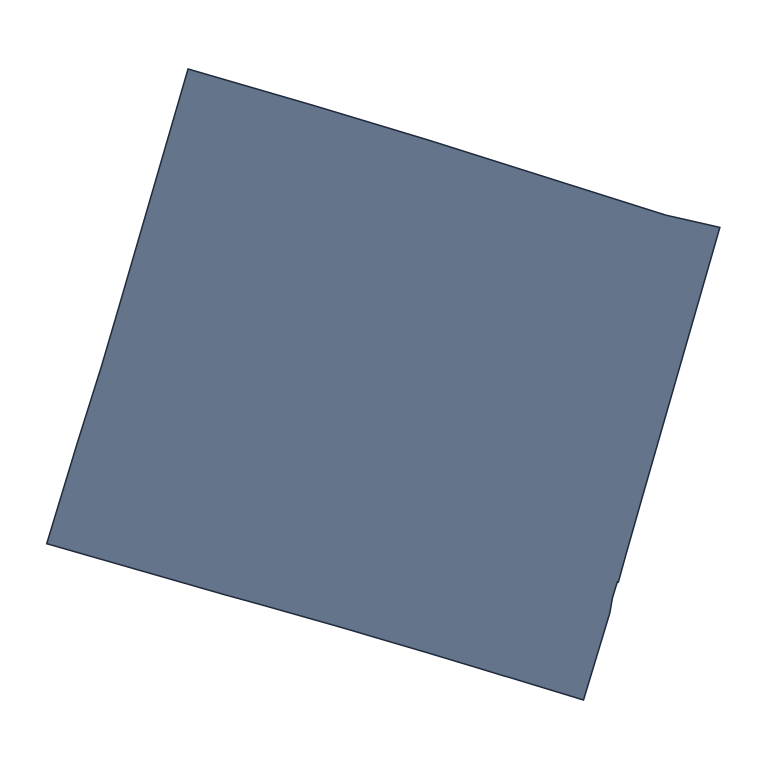 the district of Outagamie, Wisconsin, United States of America, rotated 16°
{"feature_id": "52423323B24599611590152", "entity_name": "Outagamie", "entity_type": "district", "adm_level": 2, "iso_a3": "USA", "parent_name": "United States of America", "parent_adm1": "Wisconsin", "projection": "orthographic", "projection_center": [-88.417, 44.416], "detail": "fine", "context": "isolated", "style": "filled", "palette": "slate", "viewbox_px": 768, "rotation_deg": 16, "n_neighbors": 0, "source": "geoboundaries", "source_scale": "gbopen_adm2", "svg_char_len": 506}
<svg xmlns="http://www.w3.org/2000/svg" viewBox="0 0 768 768"><g transform="rotate(16 384 384)"><path d="M103.8,630.5L200.5,630.5L290.1,630.5L323.5,630.1L411.0,629.8L413.7,629.8L446.8,630.1L498.0,630.4L564.6,631.3L579.3,631.6L583.6,631.5L662.9,632.8L664.2,541.6L662.6,527.1L662.7,517.4L662.9,509.8L663.9,509.8L663.6,482.6L663.5,419.4L663.7,140.9L608.1,144.0L360.7,137.3L241.6,135.7L108.8,135.2L107.9,384.0L107.5,444.8L105.4,526.8L103.8,630.5Z" fill="#64748b" stroke="#1e293b" stroke-width="1.5"/></g></svg>